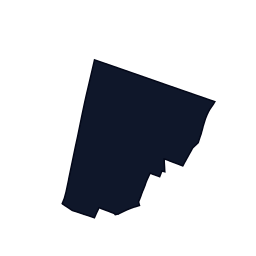 Comuna 8, Ciudad de Buenos Aires, Argentina (Mercator projection), rotated 157°
{"feature_id": "61730980B92536449887038", "entity_name": "Comuna 8", "entity_type": "district", "adm_level": 2, "iso_a3": "ARG", "parent_name": "Argentina", "parent_adm1": "Ciudad de Buenos Aires", "projection": "mercator", "projection_center": [-58.461, -34.678], "detail": "fine", "context": "isolated", "style": "filled", "palette": "ink", "viewbox_px": 256, "rotation_deg": 157, "n_neighbors": 0, "source": "geoboundaries", "source_scale": "gbopen_adm2", "svg_char_len": 2541}
<svg xmlns="http://www.w3.org/2000/svg" viewBox="0 0 256 256"><g transform="rotate(157 128 128)"><path d="M132.2,203.8L133.4,202.1L150.4,178.8L153.2,175.0L157.5,169.0L165.2,158.0L178.0,139.4L183.4,131.8L202.5,104.2L203.1,103.2L210.1,93.2L214.1,88.1L217.3,84.9L218.1,84.1L217.8,83.4L217.6,83.1L217.4,82.9L216.3,81.1L215.7,80.3L215.5,80.0L213.9,77.6L212.5,75.4L212.3,75.1L211.6,74.0L211.3,73.7L210.7,73.2L210.4,72.9L209.3,72.0L209.1,71.9L208.8,71.6L207.2,70.2L206.9,69.9L206.6,69.7L205.3,68.5L205.0,68.2L204.5,67.8L202.5,66.0L202.3,65.7L202.0,65.5L201.2,65.0L201.0,64.7L199.6,63.5L199.3,63.3L197.1,61.3L194.0,58.5L192.5,59.9L190.3,62.0L187.9,64.1L186.8,65.1L185.8,66.0L185.6,65.9L184.9,65.2L183.9,64.1L182.4,62.7L180.3,60.7L177.7,58.3L177.5,58.0L175.2,55.8L174.9,55.6L174.8,55.4L174.6,55.3L174.5,55.2L174.4,55.0L174.2,54.9L174.1,54.7L173.9,54.3L173.8,54.0L173.8,53.9L173.7,53.6L173.6,53.2L173.2,53.1L171.2,52.8L170.7,52.5L169.9,52.7L163.7,53.0L161.0,53.1L160.3,53.1L156.0,53.0L154.8,52.9L153.8,52.9L151.8,52.6L150.7,52.5L149.6,52.4L147.7,52.2L147.6,53.1L147.5,53.6L147.5,53.8L147.4,54.0L147.4,54.8L147.3,55.0L147.2,55.4L147.1,55.8L146.9,56.1L146.8,56.3L146.3,56.7L146.2,56.9L145.8,57.3L145.6,57.4L142.3,60.8L142.1,61.1L140.9,62.4L140.0,63.3L139.3,64.1L138.7,64.6L137.9,65.4L137.3,65.9L137.2,66.1L136.2,67.1L134.8,68.5L134.7,68.7L134.5,68.8L133.8,69.7L132.5,71.1L131.8,71.8L131.7,71.9L131.6,72.0L131.0,72.6L130.8,72.8L126.2,77.0L125.3,77.8L125.2,77.8L124.5,77.0L124.3,76.9L124.0,76.6L123.6,76.1L122.4,75.0L122.2,74.9L121.4,74.1L121.1,73.8L120.9,73.6L120.1,72.9L119.8,72.6L119.0,71.9L117.9,70.8L113.6,75.2L113.3,75.0L112.9,74.6L112.3,74.2L111.5,73.5L111.2,73.3L110.9,74.3L109.6,77.8L108.0,82.3L106.8,85.4L106.6,85.3L105.7,84.5L104.2,83.2L102.9,81.9L102.7,81.6L102.4,81.3L101.5,80.5L100.9,79.9L99.5,78.5L99.1,78.2L96.4,75.6L94.9,74.2L94.5,73.7L93.6,72.9L93.3,72.6L92.4,71.7L91.1,72.7L90.9,73.0L90.7,73.1L90.1,73.6L89.3,74.2L89.0,74.5L88.4,74.9L87.7,75.4L86.4,76.5L84.3,78.1L82.3,79.7L80.2,81.3L78.1,82.9L77.7,83.3L77.4,83.5L76.4,84.3L76.0,84.5L73.3,85.5L73.1,85.6L71.6,86.1L69.4,87.0L69.2,87.0L66.6,90.0L64.5,92.4L64.2,92.7L63.1,93.9L62.7,94.4L62.3,94.9L61.9,95.5L61.4,96.1L60.8,96.8L58.8,99.4L58.5,99.9L56.8,101.9L53.6,105.7L53.3,106.1L50.6,108.8L49.8,109.6L48.6,110.6L47.9,111.3L47.1,111.9L46.8,112.2L46.3,112.5L45.9,112.9L44.5,113.8L43.6,114.4L42.7,115.0L42.3,115.2L40.1,116.6L39.3,117.2L39.0,117.4L38.1,118.1L37.8,118.3L43.8,123.7L76.4,153.2L105.1,179.3L112.6,186.1L132.2,203.8Z" fill="#0f172a" stroke="#020617" stroke-width="1.5"/></g></svg>